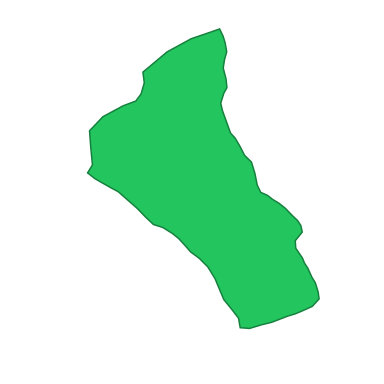 the district of Agios Nikolaos Ammochostou, Cyprus, rotated 343°
{"feature_id": "46923920B28206074202604", "entity_name": "Agios Nikolaos Ammochostou", "entity_type": "district", "adm_level": 2, "iso_a3": "CYP", "parent_name": "Cyprus", "parent_adm1": "", "projection": "robinson", "projection_center": [33.679, 35.322], "detail": "fine", "context": "isolated", "style": "filled", "palette": "green", "viewbox_px": 384, "rotation_deg": 343, "n_neighbors": 0, "source": "geoboundaries", "source_scale": "gbopen_adm2", "svg_char_len": 1125}
<svg xmlns="http://www.w3.org/2000/svg" viewBox="0 0 384 384"><g transform="rotate(343 192 192)"><path d="M97.7,143.2L103.1,150.9L108.3,156.5L115.8,164.4L121.5,170.1L128.4,181.3L134.7,191.5L140.5,202.8L145.6,211.8L153.7,217.4L161.1,225.9L165.7,232.7L169.7,241.1L173.2,249.0L179.5,257.5L185.2,268.2L188.7,281.7L189.8,293.0L191.0,304.3L195.6,315.6L199.6,326.3L198.4,335.9L203.1,337.7L207.1,339.3L219.1,339.3L230.0,339.9L238.6,339.3L247.2,338.7L255.3,338.7L265.6,337.6L273.7,336.5L282.3,331.4L283.4,324.6L283.4,315.0L281.7,308.3L280.5,298.7L278.8,293.0L278.3,287.4L274.8,276.1L276.5,268.8L285.7,262.6L286.3,255.8L284.6,250.2L280.5,242.8L276.5,234.9L271.9,228.2L266.8,222.5L263.3,217.4L257.6,212.4L256.4,204.5L257.6,192.6L257.6,180.8L253.0,172.3L251.3,162.7L249.0,153.1L246.1,146.9L245.5,135.1L244.9,122.7L245.5,115.4L251.3,106.9L255.9,102.4L257.6,93.9L258.1,82.6L261.6,75.3L266.2,68.0L267.3,59.0L267.3,52.2L266.1,44.1L265.1,44.2L235.9,45.2L209.2,50.7L180.1,63.0L178.3,73.6L172.0,83.3L164.8,88.6L151.4,89.4L128.9,93.9L111.9,103.5L108.3,119.4L104.7,137.0L97.7,143.2Z" fill="#22c55e" stroke="#15803d" stroke-width="1.5"/></g></svg>